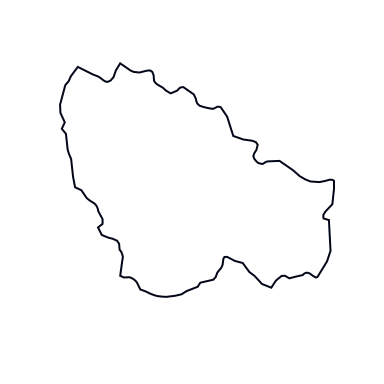 an SVG outline of Järva, rotated 103°
{"feature_id": "EST-1656", "entity_name": "Järva", "entity_type": "County", "adm_level": 1, "iso_a3": "EST", "parent_name": "Estonia", "parent_adm1": "", "projection": "orthographic", "projection_center": [25.661, 58.953], "detail": "fine", "context": "isolated", "style": "outline", "palette": "ink", "viewbox_px": 384, "rotation_deg": 103, "n_neighbors": 0, "source": "natural_earth", "source_scale": "10m", "svg_char_len": 1972}
<svg xmlns="http://www.w3.org/2000/svg" viewBox="0 0 384 384"><g transform="rotate(103 192 192)"><path d="M213.7,307.0L203.7,311.4L187.0,317.2L182.4,320.6L178.4,322.8L163.7,327.9L159.7,333.1L152.8,331.6L144.5,338.0L136.6,340.2L116.4,339.5L111.8,337.1L106.5,336.1L95.8,331.4L99.8,314.9L100.6,309.2L101.6,306.6L102.9,303.8L103.8,301.4L103.7,299.0L101.7,296.4L97.8,294.3L90.6,293.5L82.8,290.9L87.5,279.1L88.1,275.8L87.4,270.1L83.7,262.8L83.0,260.0L83.9,257.7L87.0,255.6L92.2,254.0L93.8,252.3L95.1,249.8L96.9,243.9L99.0,240.3L100.7,235.0L96.7,229.4L93.2,227.3L92.2,225.5L91.8,223.9L96.5,212.2L100.3,209.2L102.2,208.4L104.6,206.8L106.2,204.0L106.6,199.4L106.6,195.0L106.3,190.3L104.7,188.2L103.2,186.5L102.8,184.3L103.0,183.0L110.7,174.7L128.1,164.4L129.3,153.9L128.5,144.7L129.1,140.9L131.2,138.6L136.5,138.7L140.1,140.0L143.4,140.3L145.9,138.5L147.7,136.1L148.9,133.9L148.9,129.6L146.2,126.9L145.2,125.3L142.0,113.7L148.1,98.4L152.3,90.7L154.2,84.6L155.1,79.0L153.7,70.1L151.3,64.8L149.0,60.6L148.6,58.0L149.1,56.2L156.6,54.4L172.3,52.5L181.0,57.6L184.5,58.8L186.8,58.5L188.2,57.8L188.5,52.3L218.1,43.8L229.1,44.8L246.5,50.6L247.5,52.2L246.4,55.5L244.9,58.9L244.7,61.7L245.3,63.1L246.4,64.4L248.0,65.4L251.5,72.6L254.2,77.7L252.7,82.5L253.6,85.8L259.4,90.3L267.4,93.2L265.9,103.1L259.8,112.0L257.0,118.2L249.8,126.6L249.5,134.8L247.3,143.2L248.0,145.7L250.0,146.4L256.0,145.8L259.1,146.4L264.8,149.2L269.7,149.8L272.7,151.6L278.5,163.5L283.1,165.2L289.7,174.9L294.1,179.3L297.0,185.3L300.0,193.6L300.8,198.6L301.2,202.6L301.0,205.9L300.5,209.5L299.2,215.4L298.6,220.4L292.6,225.3L291.5,226.7L290.3,228.8L289.4,231.6L289.1,233.7L290.6,239.1L289.8,243.1L275.6,244.4L271.0,244.7L268.8,245.7L266.2,247.5L264.4,249.6L258.8,251.4L256.3,254.1L255.4,258.9L255.3,263.1L254.7,267.2L254.1,270.3L247.7,275.6L243.2,272.0L238.6,273.0L231.7,279.1L229.7,279.9L227.0,281.9L225.2,284.3L223.4,289.5L221.6,293.2L215.1,300.3L213.7,307.0Z" fill="none" stroke="#020617" stroke-width="2"/></g></svg>